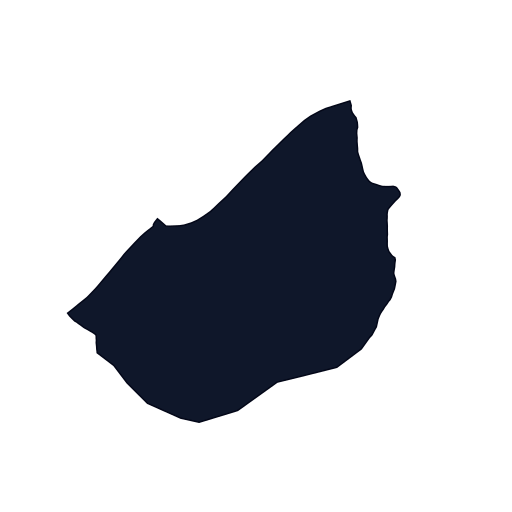 outline of Delaide, Dennery, Saint Lucia, rotated 298°
{"feature_id": "8701671B46031998027021", "entity_name": "Delaide", "entity_type": "district", "adm_level": 2, "iso_a3": "LCA", "parent_name": "Saint Lucia", "parent_adm1": "Dennery", "projection": "albers", "projection_center": [-60.905, 13.93], "detail": "fine", "context": "isolated", "style": "filled", "palette": "ink", "viewbox_px": 512, "rotation_deg": 298, "n_neighbors": 0, "source": "geoboundaries", "source_scale": "gbopen_adm2", "svg_char_len": 2539}
<svg xmlns="http://www.w3.org/2000/svg" viewBox="0 0 512 512"><g transform="rotate(298 256 256)"><path d="M117.1,116.5L115.6,119.6L114.5,123.1L113.5,126.5L113.5,128.8L113.1,130.8L112.8,133.6L112.4,136.0L112.1,138.1L112.1,140.4L112.1,141.9L112.0,143.8L111.9,145.6L111.9,147.0L111.7,149.2L111.3,151.6L110.0,152.7L108.3,153.6L106.8,154.6L104.4,155.7L101.6,157.6L99.0,159.2L96.6,160.9L96.0,161.2L92.6,181.9L83.4,201.8L75.0,229.4L77.5,265.7L82.5,283.8L111.0,312.3L154.6,333.9L173.9,355.5L195.7,379.6L223.4,392.6L236.9,394.4L237.8,394.6L239.1,395.0L240.8,395.4L244.5,395.4L247.4,395.4L249.9,395.5L252.0,394.9L254.9,394.1L257.7,393.3L261.5,392.9L263.8,392.8L266.4,393.0L268.7,393.3L271.5,393.4L274.9,394.0L278.3,394.3L280.2,394.8L283.4,394.8L286.4,394.2L289.1,393.9L291.9,393.6L294.0,393.0L296.3,392.3L299.2,391.4L301.2,389.9L303.1,387.8L304.8,386.1L306.0,385.4L309.0,384.3L311.4,383.5L314.0,382.3L315.5,381.7L318.0,380.8L319.7,379.3L319.7,378.1L319.9,376.7L320.2,375.6L321.3,373.3L322.3,371.2L324.1,369.2L326.2,367.3L328.5,366.0L330.7,364.9L334.4,362.8L336.7,361.9L339.8,360.1L342.6,358.6L344.0,357.9L346.8,356.2L348.9,354.9L350.7,354.1L352.5,353.2L354.4,352.1L356.2,351.4L358.9,350.6L360.5,350.8L363.8,351.5L366.3,352.1L370.3,353.1L373.2,354.1L375.7,354.7L377.6,354.6L379.4,353.4L380.2,352.2L381.2,350.3L382.3,348.0L382.4,346.8L381.9,344.4L380.8,342.7L379.5,340.5L378.2,338.0L377.3,336.2L376.6,334.7L375.9,331.3L375.6,329.1L374.7,324.5L374.7,322.9L375.1,320.7L376.2,318.2L377.1,316.4L379.1,313.3L380.6,311.3L383.2,309.0L385.8,306.8L387.5,305.3L389.9,302.6L390.7,301.8L393.5,298.8L395.6,296.8L398.7,295.1L401.0,293.6L404.3,291.5L406.2,290.5L407.7,289.8L411.5,287.3L414.7,285.8L417.3,285.3L419.6,283.9L421.6,282.6L423.5,280.8L425.1,279.3L425.8,277.4L426.6,275.8L427.7,273.7L429.6,271.6L431.1,270.5L433.6,269.4L437.0,266.1L431.0,260.2L419.0,248.4L413.8,244.4L405.1,238.6L398.4,235.2L386.4,230.6L381.2,228.7L377.3,227.5L372.0,225.7L357.5,221.1L347.7,218.3L342.9,216.9L334.0,213.5L325.2,210.7L320.3,209.2L303.9,204.5L294.4,202.0L285.0,198.7L278.5,196.6L273.4,194.7L266.3,191.1L259.9,187.4L254.9,183.5L249.5,178.1L246.7,174.3L241.8,165.9L240.1,162.5L241.9,155.0L242.6,151.5L238.1,150.7L235.7,150.7L233.9,151.4L227.8,148.7L224.1,147.1L218.9,145.2L210.6,142.8L198.7,139.6L195.4,138.8L191.3,138.1L185.4,136.9L172.3,134.2L169.6,133.6L166.9,133.0L154.6,130.4L151.7,129.7L141.8,126.9L139.9,126.3L133.1,123.4L131.1,122.5L129.2,121.7L128.1,121.3L122.9,119.1L121.1,118.3L118.6,117.2L117.1,116.5Z" fill="#0f172a" stroke="#020617" stroke-width="1.5"/></g></svg>